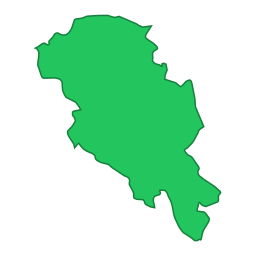 the border of Oppland
{"feature_id": "NOR-920", "entity_name": "Oppland", "entity_type": "County", "adm_level": 1, "iso_a3": "NOR", "parent_name": "Norway", "parent_adm1": "", "projection": "orthographic", "projection_center": [9.47, 61.271], "detail": "fine", "context": "isolated", "style": "filled", "palette": "green", "viewbox_px": 256, "rotation_deg": 0, "n_neighbors": 0, "source": "natural_earth", "source_scale": "10m", "svg_char_len": 3256}
<svg xmlns="http://www.w3.org/2000/svg" viewBox="0 0 256 256"><path d="M220.6,192.8L218.8,195.2L218.6,195.8L218.3,196.7L218.5,198.5L218.5,199.5L218.3,200.7L218.1,201.3L217.4,202.0L205.9,206.5L202.6,205.5L202.2,205.2L200.8,203.9L200.3,203.1L199.5,202.5L198.6,203.3L198.5,204.0L197.8,207.3L197.2,209.2L197.0,210.4L197.2,211.0L197.6,211.2L203.4,211.9L204.5,212.3L205.9,213.7L209.1,218.1L209.2,219.9L209.1,220.4L208.8,221.4L204.2,229.0L203.3,230.7L202.2,234.1L201.2,239.1L201.0,239.5L200.7,239.9L199.6,239.4L198.9,239.5L197.5,240.6L194.7,240.6L191.2,237.7L183.2,232.5L182.3,231.5L179.8,228.1L178.5,225.9L175.0,218.3L174.4,216.5L173.9,214.6L172.1,205.3L171.4,202.8L170.2,200.0L168.3,196.3L167.6,194.2L166.9,192.7L165.1,190.4L160.1,190.1L159.8,190.5L159.6,191.1L160.1,191.8L160.4,192.6L160.3,193.4L159.8,194.4L159.3,194.7L155.2,196.0L154.1,196.9L153.5,198.2L153.3,199.6L153.4,201.5L154.5,206.1L154.7,207.7L150.6,206.9L146.1,204.7L145.1,203.6L144.6,202.4L144.2,201.1L143.5,200.0L142.3,199.7L137.1,199.3L135.4,198.8L133.8,197.7L133.6,193.2L133.0,191.5L129.3,184.5L129.4,182.2L129.6,180.7L129.4,179.4L128.9,178.4L128.4,177.8L127.4,177.0L124.2,175.7L112.2,167.7L108.4,164.4L101.0,162.5L97.2,160.6L95.7,159.1L95.4,158.3L95.2,157.2L95.0,156.2L94.8,155.7L94.7,155.4L94.4,155.1L92.7,153.7L87.3,151.4L83.8,149.3L81.6,147.0L78.7,143.3L77.8,143.9L74.6,147.8L73.9,144.2L68.6,136.1L67.8,134.0L67.5,132.4L67.6,131.7L68.0,130.7L72.0,126.5L75.4,121.1L74.9,118.8L74.0,117.1L73.0,115.9L72.6,115.0L72.5,114.4L72.6,112.0L73.8,111.1L80.7,109.8L79.2,106.9L75.8,102.3L66.3,97.4L65.7,96.8L63.9,93.5L63.1,91.4L62.6,89.4L62.4,87.7L62.3,86.2L62.2,83.0L61.9,81.8L61.2,80.6L60.2,79.6L58.8,78.8L54.9,77.9L43.6,78.2L42.3,77.6L41.1,75.0L39.3,69.4L37.9,65.5L37.9,64.2L38.0,61.9L38.8,55.8L38.9,52.9L38.5,51.4L38.0,50.3L37.3,49.3L36.8,48.8L36.4,48.5L35.4,48.1L37.7,47.0L42.0,43.9L43.6,43.3L44.7,43.2L46.1,44.2L46.9,44.6L48.2,44.7L48.9,44.3L49.3,43.7L48.9,42.2L49.0,41.2L50.0,40.0L52.3,37.7L53.7,35.7L54.7,34.0L55.4,33.6L56.4,33.1L57.5,33.0L58.4,33.2L60.0,34.2L63.0,35.1L66.1,34.7L68.6,32.9L69.8,31.3L71.0,29.6L71.7,28.2L74.1,21.0L74.6,19.8L75.1,19.3L76.0,19.0L81.9,18.2L87.1,16.2L98.3,15.5L107.8,15.4L113.2,17.2L115.7,17.3L119.0,16.4L126.1,19.4L136.3,23.8L138.7,25.4L142.7,27.1L151.4,25.9L146.2,34.1L145.5,35.8L145.6,37.7L147.0,39.0L153.5,43.4L156.5,46.2L157.2,47.2L157.5,48.2L157.2,49.0L154.0,51.1L153.2,51.9L152.8,53.0L152.5,53.9L152.5,54.5L152.8,56.9L152.8,58.0L152.5,59.8L152.7,61.0L153.0,61.8L155.2,63.7L159.7,65.0L161.9,66.5L162.4,65.2L162.3,64.9L162.2,64.6L162.0,64.3L161.9,64.1L162.2,63.7L164.1,63.3L166.0,64.3L167.1,70.0L165.1,75.3L164.8,79.3L175.5,82.7L176.4,83.2L177.2,84.1L179.3,85.8L180.8,86.6L181.2,86.5L184.8,82.9L185.6,81.7L186.8,81.0L189.2,80.1L190.0,80.1L190.6,80.5L191.1,81.1L192.0,83.9L194.9,99.1L195.4,106.8L203.8,126.7L200.2,129.0L198.6,130.8L198.3,132.1L198.0,132.8L193.7,140.8L192.0,143.2L186.9,148.3L186.4,148.5L185.8,148.8L184.5,149.7L184.6,150.7L185.1,151.7L187.9,154.9L190.9,156.4L192.1,157.4L198.6,166.8L199.1,168.4L198.9,169.3L198.0,171.0L197.8,171.8L197.9,172.8L198.2,173.9L198.6,174.9L200.6,177.0L201.3,177.3L201.7,177.4L202.6,178.5L214.7,186.6L218.8,190.3L218.9,190.6L219.8,190.9L220.6,192.7L220.6,192.8Z" fill="#22c55e" stroke="#15803d" stroke-width="1.5"/></svg>